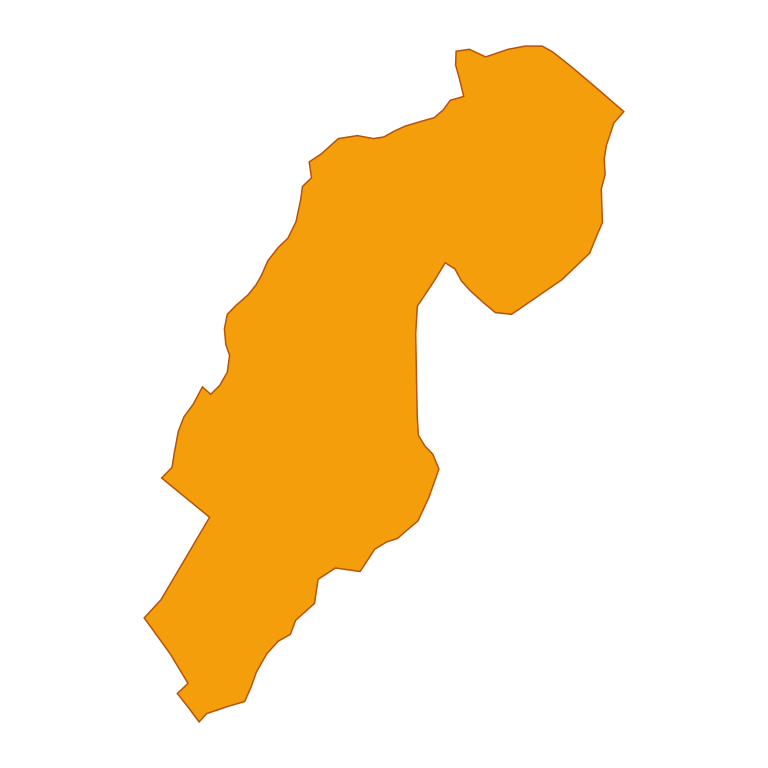 outline of Sarandi, Paraná, Brazil
{"feature_id": "56859067B2105412976878", "entity_name": "Sarandi", "entity_type": "district", "adm_level": 2, "iso_a3": "BRA", "parent_name": "Brazil", "parent_adm1": "Paraná", "projection": "albers", "projection_center": [-51.867, -23.477], "detail": "fine", "context": "isolated", "style": "filled", "palette": "amber", "viewbox_px": 768, "rotation_deg": 0, "n_neighbors": 0, "source": "geoboundaries", "source_scale": "gbopen_adm2", "svg_char_len": 1367}
<svg xmlns="http://www.w3.org/2000/svg" viewBox="0 0 768 768"><path d="M456.1,51.2L455.6,65.0L459.5,78.9L463.7,96.4L450.2,100.3L443.5,109.6L434.2,117.7L421.6,121.2L405.2,126.1L394.4,131.0L384.0,136.9L373.4,138.6L357.4,135.6L338.3,138.6L321.4,153.8L309.2,161.9L311.5,177.8L302.5,186.4L300.7,199.7L296.0,221.8L287.9,238.2L278.2,247.5L267.8,260.8L261.5,275.3L256.1,284.8L248.0,294.9L235.9,305.5L227.3,314.3L224.4,328.8L225.8,344.5L229.6,355.3L227.3,372.2L219.7,385.5L210.7,394.3L202.4,386.9L193.1,404.4L183.9,416.9L178.3,431.4L174.2,453.5L172.0,467.4L161.6,478.0L209.6,517.3L161.0,599.7L144.2,617.9L170.3,654.0L188.0,683.4L177.3,693.5L188.7,707.9L199.1,721.9L206.7,713.6L228.5,706.2L244.7,701.5L251.0,687.3L256.4,672.1L266.8,653.7L278.2,641.2L290.4,634.3L295.6,620.3L314.5,603.4L318.1,579.3L335.4,568.0L360.1,571.5L374.8,549.1L386.9,541.8L397.3,538.6L405.4,531.5L418.0,520.9L428.8,497.6L438.9,469.1L432.8,454.2L425.0,446.1L418.4,435.3L417.3,417.6L416.9,399.9L415.7,333.9L417.3,306.2L425.0,294.7L434.2,280.9L445.2,262.8L454.9,268.9L461.4,280.9L470.0,290.5L484.4,303.5L495.4,312.6L511.6,314.3L561.9,279.7L589.6,253.2L597.0,235.1L602.4,222.6L601.3,188.9L605.1,174.5L604.2,159.0L606.3,145.7L613.9,122.9L623.8,111.6L593.7,85.6L570.7,66.2L552.3,51.7L542.1,46.1L525.0,46.1L508.1,49.3L485.6,56.9L469.4,49.3L456.1,51.2Z" fill="#f59e0b" stroke="#b45309" stroke-width="1.5"/></svg>